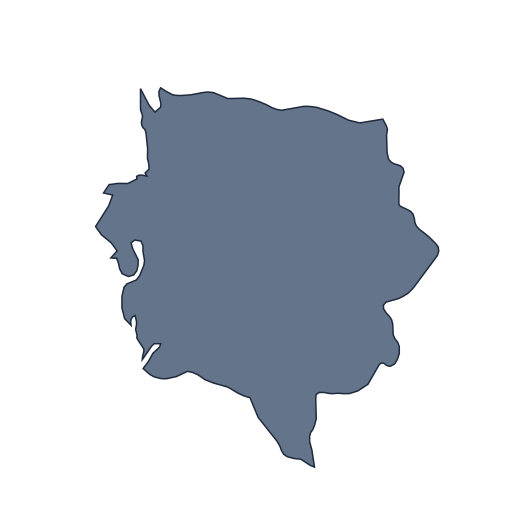 the border of Okayama, rotated 112°
{"feature_id": "JPN-1822", "entity_name": "Okayama", "entity_type": "Prefecture", "adm_level": 1, "iso_a3": "JPN", "parent_name": "Japan", "parent_adm1": "", "projection": "orthographic", "projection_center": [133.872, 34.876], "detail": "fine", "context": "isolated", "style": "filled", "palette": "slate", "viewbox_px": 512, "rotation_deg": 112, "n_neighbors": 0, "source": "natural_earth", "source_scale": "10m", "svg_char_len": 2686}
<svg xmlns="http://www.w3.org/2000/svg" viewBox="0 0 512 512"><g transform="rotate(112 256 256)"><path d="M402.6,318.5L393.9,316.2L385.0,315.2L376.7,311.3L373.0,311.5L375.5,317.6L378.6,319.0L394.7,322.6L392.3,323.4L386.3,324.3L384.2,325.2L377.9,334.2L376.6,335.8L374.1,336.6L369.2,340.1L363.6,341.3L361.3,342.4L356.5,345.8L358.6,347.6L361.2,348.1L364.1,347.5L367.1,345.8L363.3,354.3L354.3,360.9L343.5,365.2L334.4,366.7L330.0,365.1L323.1,358.0L317.4,356.5L306.7,356.5L302.0,357.6L294.2,362.5L288.9,364.6L285.3,368.2L286.6,374.5L290.7,376.7L295.3,373.2L303.5,363.9L308.7,361.9L314.4,361.0L319.5,362.3L322.8,366.7L322.6,373.4L318.9,377.7L313.9,381.0L310.1,384.7L310.9,386.0L311.2,386.7L312.2,389.9L303.3,386.7L298.1,395.0L294.2,407.3L288.8,415.8L264.8,411.4L253.2,411.7L254.7,421.0L244.8,418.9L240.4,411.2L236.8,402.0L229.1,395.2L226.9,396.5L224.9,394.8L223.5,391.3L222.8,387.1L220.6,389.9L215.5,387.7L210.9,389.9L206.0,393.3L197.1,396.7L183.3,404.0L180.2,406.5L179.3,409.1L177.2,411.1L174.8,412.4L169.1,413.5L166.8,415.0L165.2,416.6L163.3,418.0L144.1,425.8L156.3,411.5L160.4,403.6L153.8,400.2L150.4,401.2L143.7,405.9L140.0,407.6L135.8,407.5L135.8,407.4L136.9,401.8L137.7,393.9L137.1,390.6L135.4,385.9L131.2,377.2L124.4,366.6L122.0,362.1L120.4,356.4L120.6,341.1L114.0,325.8L112.2,318.9L111.7,310.9L111.8,303.0L112.5,296.6L112.3,291.7L111.3,286.9L99.3,267.7L97.2,262.3L95.4,255.2L94.4,243.2L94.4,233.9L95.4,221.2L93.8,209.8L81.6,189.7L86.4,184.0L89.4,181.5L94.8,180.3L111.2,173.1L116.7,169.2L118.4,165.7L118.8,162.2L118.4,159.0L118.3,155.6L119.7,152.4L122.8,150.1L138.1,149.4L153.3,143.4L154.9,142.5L155.7,141.0L156.0,138.5L156.1,134.9L156.6,129.6L158.4,126.0L162.0,123.2L165.4,121.2L168.2,118.5L169.9,115.0L173.3,103.2L177.2,94.0L179.2,90.6L182.9,88.4L187.7,88.0L226.8,98.2L233.1,100.8L237.5,103.9L241.9,107.7L250.1,118.2L253.9,119.4L257.2,117.9L260.1,113.8L261.9,110.0L264.1,106.6L267.6,103.9L277.6,99.3L280.6,96.3L282.9,92.3L286.3,89.2L292.8,86.6L299.1,86.2L304.1,87.0L308.0,90.2L308.5,92.7L308.4,94.4L307.6,97.0L308.0,98.8L308.6,99.9L310.2,101.0L333.1,104.2L343.0,111.1L348.6,117.9L351.1,123.9L352.4,128.3L354.9,133.3L356.1,136.8L356.9,141.4L358.8,146.2L361.9,148.4L366.3,147.0L384.2,139.2L390.8,138.3L395.6,138.3L399.2,139.2L402.9,138.8L408.2,136.6L415.1,131.4L429.8,122.7L429.8,127.3L427.6,138.4L429.4,144.4L430.4,151.7L429.5,156.0L426.9,159.4L423.3,162.7L419.8,167.2L404.8,193.6L390.0,208.1L389.5,208.7L389.5,209.0L390.0,211.5L390.2,215.9L389.9,221.4L388.1,233.0L389.7,247.8L389.8,256.9L387.9,265.2L387.7,270.9L388.6,276.3L397.5,284.5L403.0,292.5L404.4,295.5L405.4,298.9L406.2,305.3L405.6,310.0L402.7,318.4L402.6,318.5Z" fill="#64748b" stroke="#1e293b" stroke-width="1.5"/></g></svg>